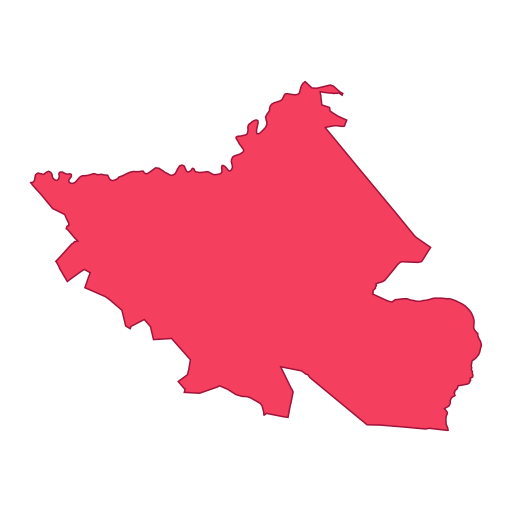 outline of Krapes pag., Ogre, Latvia
{"feature_id": "27541924B6924780899124", "entity_name": "Krapes pag.", "entity_type": "district", "adm_level": 2, "iso_a3": "LVA", "parent_name": "Latvia", "parent_adm1": "Ogre", "projection": "albers", "projection_center": [25.205, 56.742], "detail": "fine", "context": "isolated", "style": "filled", "palette": "rose", "viewbox_px": 512, "rotation_deg": 0, "n_neighbors": 0, "source": "geoboundaries", "source_scale": "gbopen_adm2", "svg_char_len": 5965}
<svg xmlns="http://www.w3.org/2000/svg" viewBox="0 0 512 512"><path d="M477.7,333.3L477.3,333.1L476.3,332.2L474.4,329.6L473.8,328.3L473.7,326.9L474.1,321.8L474.0,320.6L473.8,319.3L473.3,317.4L472.4,315.2L471.6,313.4L470.6,311.8L468.8,309.5L465.0,305.8L461.9,303.8L455.4,300.6L451.1,299.1L448.9,298.7L446.8,298.8L442.4,298.2L435.4,298.1L432.8,298.4L429.4,299.5L425.8,300.3L423.3,300.5L421.0,301.2L418.6,301.3L415.8,301.1L414.3,300.6L410.5,300.0L406.8,298.7L404.7,298.7L400.8,299.0L398.6,299.4L395.4,299.6L393.4,300.9L392.1,302.1L387.4,300.8L372.6,294.0L373.1,292.9L373.1,292.2L373.0,290.9L373.0,290.3L374.3,289.5L374.8,288.8L375.4,288.3L375.4,287.3L375.5,286.8L376.4,285.8L376.3,285.2L376.0,284.4L375.9,283.9L376.2,283.6L382.3,281.7L383.6,281.1L385.0,280.1L394.8,268.2L397.7,264.5L399.5,262.8L401.0,262.0L402.6,261.7L405.0,261.9L417.9,262.4L421.3,261.7L422.7,260.0L427.8,251.8L430.6,247.4L416.3,237.5L415.4,236.6L414.4,235.7L395.8,212.9L362.3,172.6L325.2,127.6L325.3,127.4L333.8,125.8L336.6,125.7L341.7,126.4L344.1,126.3L344.4,126.1L344.5,125.8L346.7,120.1L337.6,116.0L330.1,111.1L329.6,107.5L321.8,104.9L321.3,100.1L321.1,99.3L320.8,95.5L320.1,91.8L321.0,91.8L324.5,92.5L327.0,92.7L328.0,92.9L333.5,93.3L333.9,93.6L334.5,93.3L337.4,93.3L338.8,92.9L339.2,92.9L340.3,94.0L342.1,95.2L342.8,93.5L339.9,91.9L333.6,86.2L330.3,85.0L317.0,88.2L312.0,88.0L305.1,81.6L304.0,82.6L302.8,83.5L302.1,84.7L301.4,86.0L300.8,87.5L300.4,89.1L299.6,92.4L299.2,93.1L298.6,93.8L297.0,94.6L295.3,94.8L292.9,94.6L287.3,93.7L285.4,93.9L284.6,94.5L282.3,99.2L281.3,100.2L279.4,101.2L274.4,102.7L271.9,104.0L271.0,105.0L270.1,106.3L269.8,107.8L269.5,108.7L269.6,110.0L269.2,111.1L268.6,111.9L268.2,112.7L267.4,113.5L265.6,116.9L265.8,118.2L266.0,118.7L266.3,120.6L266.8,121.8L266.9,122.8L266.8,124.2L266.5,125.4L266.0,126.4L265.7,127.2L263.6,129.5L260.5,132.6L259.4,133.4L258.3,133.8L256.9,133.7L256.6,132.4L256.6,129.6L258.1,123.0L257.9,120.8L257.3,120.3L256.4,120.0L255.0,120.2L252.2,121.6L250.6,123.2L249.3,124.0L248.3,125.2L247.9,126.9L247.9,128.5L248.1,130.1L247.8,131.2L247.8,131.8L247.0,134.2L246.3,134.7L241.8,135.8L239.9,136.2L238.8,136.1L237.3,136.4L236.1,137.1L236.1,138.1L236.8,139.4L238.1,141.4L239.0,143.4L243.2,149.1L243.6,150.2L243.5,151.4L243.0,152.0L240.0,154.0L236.2,155.3L234.8,155.7L233.0,156.7L232.1,158.2L231.5,159.9L231.3,161.4L232.2,165.4L232.5,167.3L231.8,169.0L231.2,170.1L229.8,171.0L228.7,170.7L227.5,169.5L226.7,168.3L225.0,166.5L223.3,165.5L222.3,165.4L221.8,166.1L221.6,167.8L221.9,168.8L221.9,169.9L221.8,172.5L219.7,174.0L214.6,174.8L212.6,174.2L208.3,171.8L206.4,171.7L204.3,172.1L199.5,172.5L195.5,171.8L194.9,171.0L194.1,169.3L193.6,168.6L192.6,168.3L192.2,168.5L191.3,170.1L190.3,171.1L188.2,172.0L187.3,171.8L186.2,170.6L185.3,168.4L184.7,167.5L184.6,166.4L183.9,165.9L182.0,165.0L179.6,165.9L177.4,169.2L176.9,170.6L175.2,173.5L174.2,174.4L172.7,175.1L171.3,175.4L169.8,174.9L168.0,173.8L164.5,172.1L163.4,171.1L160.3,169.2L159.4,168.4L155.9,167.8L154.4,168.5L154.0,169.0L148.3,173.1L146.7,173.8L145.5,173.7L144.1,172.6L143.3,171.3L142.9,171.0L138.1,171.7L133.0,171.5L130.4,172.1L127.8,173.1L123.0,175.6L119.6,176.8L118.7,177.2L117.7,178.6L115.1,180.0L112.3,180.6L110.5,179.9L109.6,178.9L109.1,178.2L107.8,175.4L107.0,175.1L104.6,175.1L101.6,174.3L97.4,174.7L94.4,173.7L93.3,173.7L88.6,175.2L86.0,175.6L82.3,175.8L81.0,176.3L79.5,177.4L75.7,181.8L74.8,182.6L72.7,183.4L70.8,183.3L69.6,182.5L69.0,181.9L68.8,180.6L68.9,179.8L70.9,177.3L71.4,176.0L71.4,175.2L71.3,174.5L70.8,174.1L69.5,173.8L67.7,174.2L66.2,174.0L64.3,173.1L63.2,172.4L62.0,172.0L60.7,172.0L59.8,172.3L59.1,173.1L58.8,174.0L59.2,175.2L59.2,177.0L58.7,178.7L58.1,179.5L56.9,180.4L55.8,180.3L54.3,179.4L53.4,178.6L52.6,177.6L52.3,176.2L52.0,174.3L50.8,172.5L49.4,171.6L48.5,171.3L46.7,172.1L45.7,172.7L43.9,174.3L42.6,174.3L41.6,173.8L39.5,173.5L38.1,173.0L37.7,173.2L36.6,173.9L35.5,174.9L35.2,176.2L34.6,179.7L34.1,181.1L32.6,182.5L30.9,182.4L30.7,182.6L32.9,185.5L41.9,195.5L52.6,208.5L64.7,214.5L66.8,219.3L69.0,223.8L68.6,225.0L68.8,225.4L67.4,226.0L67.0,226.4L66.2,228.7L66.9,229.0L67.9,229.9L74.9,238.2L77.2,240.3L77.9,241.1L74.6,241.6L72.7,243.5L71.8,243.9L60.7,256.2L55.8,261.4L56.3,261.8L59.5,267.6L59.3,267.9L67.3,281.5L72.0,278.0L80.3,272.0L84.2,269.4L90.2,272.7L88.9,276.3L88.7,276.6L84.9,287.7L105.3,296.6L109.3,299.4L115.8,305.0L121.9,310.2L125.7,326.0L130.2,328.7L131.1,326.3L144.3,319.5L150.5,326.7L153.5,339.6L171.6,338.5L190.4,359.7L188.9,368.7L187.5,374.7L178.2,381.5L184.3,388.6L185.2,388.9L184.3,392.4L199.6,393.2L217.7,386.9L219.2,385.8L219.5,385.8L227.7,389.3L235.8,394.5L242.0,396.4L246.7,396.6L250.3,397.7L259.9,403.2L260.6,403.8L262.1,405.9L263.7,412.1L263.9,415.0L264.1,415.1L266.6,413.4L283.1,416.7L288.0,417.4L290.6,403.7L290.8,403.6L293.1,391.9L291.7,389.0L291.4,388.8L280.7,366.8L281.3,366.9L301.5,370.9L302.9,371.8L305.8,374.1L307.2,374.5L308.1,374.9L309.8,377.5L367.1,424.8L380.5,425.1L403.8,427.0L425.4,429.0L429.2,428.3L447.5,430.4L448.1,430.3L447.8,428.4L447.5,427.4L446.0,424.0L446.1,423.2L445.9,419.2L446.1,416.9L446.3,416.2L447.1,414.1L447.4,413.1L447.0,411.8L446.6,411.2L444.4,408.6L448.2,406.5L448.8,406.1L449.2,405.5L450.2,403.3L450.3,400.7L450.8,399.1L451.1,398.5L452.3,397.1L455.0,395.6L454.2,392.4L454.6,392.3L454.9,391.7L455.0,390.5L456.9,389.2L457.1,388.6L457.7,387.6L457.8,386.6L458.0,385.7L459.9,385.5L466.8,384.2L467.4,384.1L469.0,383.2L469.8,381.8L469.7,381.6L469.6,381.4L469.8,381.0L470.4,380.7L470.6,380.4L470.6,379.9L470.1,378.8L470.2,378.1L471.4,377.8L472.6,376.9L472.8,376.4L472.9,375.8L472.8,374.7L472.3,373.3L472.4,371.5L472.0,370.9L471.3,369.6L471.5,368.6L471.7,368.3L471.7,367.9L471.7,367.5L471.3,366.8L471.4,366.2L471.1,365.3L471.4,364.8L471.7,363.4L471.8,361.7L471.9,361.3L472.4,360.6L474.2,359.4L475.6,358.3L477.9,355.6L478.7,354.5L479.6,352.4L480.7,347.5L481.3,346.1L481.3,344.5L480.6,341.6L479.0,338.7L478.1,336.6L477.8,335.5L477.7,334.2L477.8,333.7L477.7,333.3Z" fill="#f43f5e" stroke="#9f1239" stroke-width="1.5"/></svg>